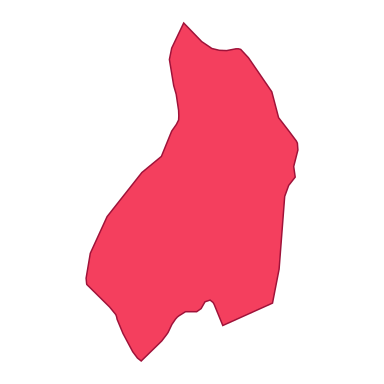 an SVG outline of Sacatepéquez
{"feature_id": "GTM-1953", "entity_name": "Sacatepéquez", "entity_type": "Department", "adm_level": 1, "iso_a3": "GTM", "parent_name": "Guatemala", "parent_adm1": "", "projection": "natural_earth1", "projection_center": [-90.754, 14.591], "detail": "fine", "context": "isolated", "style": "filled", "palette": "rose", "viewbox_px": 384, "rotation_deg": 0, "n_neighbors": 0, "source": "natural_earth", "source_scale": "10m", "svg_char_len": 845}
<svg xmlns="http://www.w3.org/2000/svg" viewBox="0 0 384 384"><path d="M86.8,284.5L86.6,283.5L86.1,278.2L90.3,253.3L107.1,216.6L141.9,172.5L161.4,156.4L171.7,131.1L176.4,124.4L178.6,120.0L178.8,115.9L178.6,110.4L176.2,94.3L173.7,85.6L169.4,59.5L171.7,48.1L183.7,23.0L201.7,41.6L211.9,48.5L219.3,50.3L226.6,50.6L236.0,48.8L238.4,48.8L240.7,49.4L248.5,57.8L271.8,91.8L278.6,117.7L289.0,131.2L296.4,141.1L297.4,143.2L297.9,150.0L293.7,166.5L295.2,177.1L288.7,185.4L284.7,196.4L279.1,269.2L272.5,303.1L222.8,325.5L214.2,304.5L213.1,302.5L210.1,300.1L205.0,301.8L201.1,308.6L196.7,311.7L185.5,311.7L178.8,315.9L177.3,317.1L175.5,319.1L171.9,324.4L168.1,332.4L166.9,334.2L161.7,341.0L141.2,361.0L137.5,358.1L132.7,351.7L123.0,333.5L117.1,319.3L116.6,316.8L115.8,314.6L109.6,307.0L86.8,284.5Z" fill="#f43f5e" stroke="#9f1239" stroke-width="1.5"/></svg>